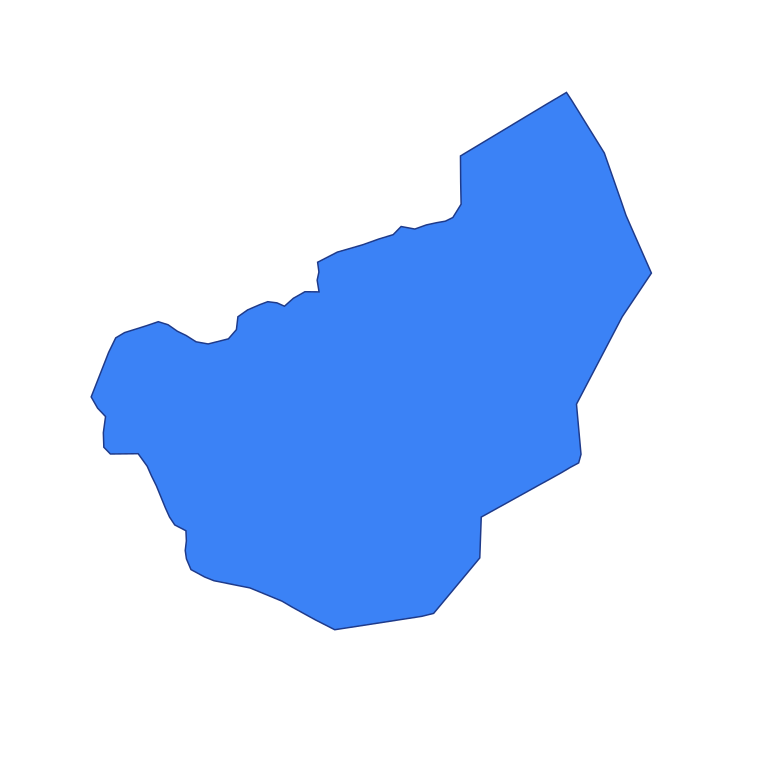 the district of Bocaina, Piauí, Brazil, rotated 345°
{"feature_id": "56859067B26785304367831", "entity_name": "Bocaina", "entity_type": "district", "adm_level": 2, "iso_a3": "BRA", "parent_name": "Brazil", "parent_adm1": "Piauí", "projection": "mercator", "projection_center": [-41.325, -6.904], "detail": "fine", "context": "isolated", "style": "filled", "palette": "blue", "viewbox_px": 768, "rotation_deg": 345, "n_neighbors": 0, "source": "geoboundaries", "source_scale": "gbopen_adm2", "svg_char_len": 1189}
<svg xmlns="http://www.w3.org/2000/svg" viewBox="0 0 768 768"><g transform="rotate(345 384 384)"><path d="M372.6,618.4L431.5,576.8L443.5,537.7L508.5,521.5L519.6,518.8L532.7,515.5L542.2,512.8L551.6,510.6L556.1,502.9L564.7,453.3L631.6,380.6L671.0,346.1L663.1,294.9L661.4,283.7L660.4,268.9L656.6,217.9L638.7,158.6L635.7,149.6L614.1,155.6L591.4,162.1L516.9,183.5L510.3,208.9L505.0,230.3L493.6,241.0L485.4,242.6L476.6,241.8L466.0,241.3L453.9,242.3L441.3,236.3L431.5,242.1L416.6,242.6L399.0,244.0L373.1,244.5L351.4,249.2L350.1,259.0L346.3,266.4L345.1,278.2L331.5,274.4L318.7,277.7L308.0,283.1L301.6,277.9L293.0,274.4L284.6,275.2L271.5,277.1L260.3,281.2L255.5,293.3L245.4,300.1L224.5,299.8L213.4,294.6L205.4,285.9L198.1,279.6L190.8,270.9L182.1,265.4L170.1,266.2L146.7,267.2L136.8,270.0L126.2,282.2L97.8,320.7L101.1,333.2L106.6,343.4L100.3,358.4L97.0,372.6L101.6,380.8L128.5,387.7L134.0,402.2L135.6,412.5L137.8,423.6L140.8,447.3L142.4,457.0L145.4,466.0L154.7,474.5L152.5,484.4L148.9,493.4L147.9,501.8L149.5,513.3L160.8,524.0L168.8,530.0L191.0,541.0L201.6,546.2L229.2,567.3L237.8,576.0L256.9,594.3L272.8,608.6L360.4,618.2L372.6,618.4Z" fill="#3b82f6" stroke="#1e3a8a" stroke-width="1.5"/></g></svg>